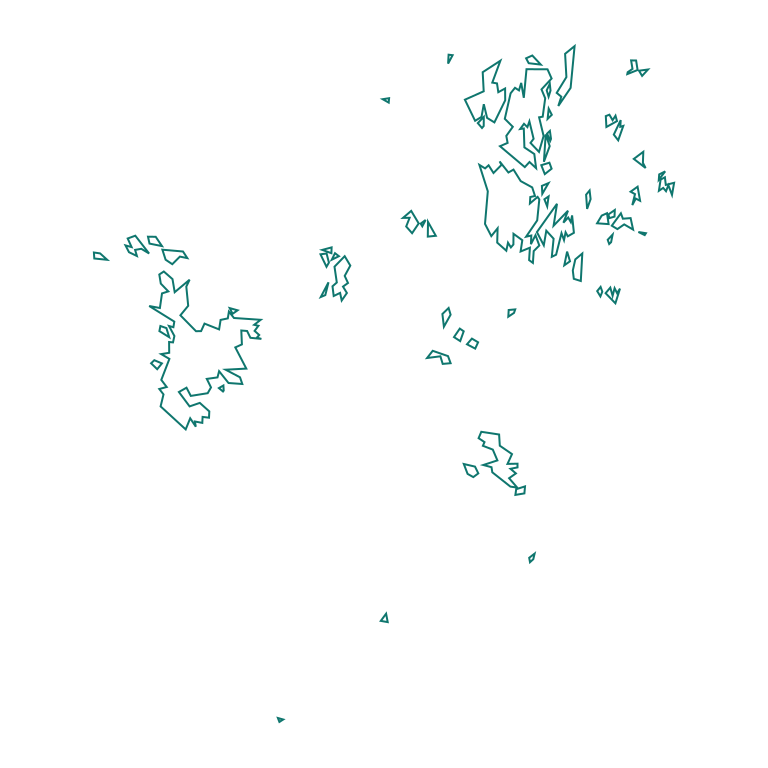 the district of Kepulauan Anambas, Kepulauan Riau, Indonesia
{"feature_id": "22746128B99951880476592", "entity_name": "Kepulauan Anambas", "entity_type": "district", "adm_level": 2, "iso_a3": "IDN", "parent_name": "Indonesia", "parent_adm1": "Kepulauan Riau", "projection": "mercator", "projection_center": [106.153, 2.904], "detail": "fine", "context": "isolated", "style": "outline", "palette": "teal", "viewbox_px": 768, "rotation_deg": 0, "n_neighbors": 0, "source": "geoboundaries", "source_scale": "gbopen_adm2", "svg_char_len": 6130}
<svg xmlns="http://www.w3.org/2000/svg" viewBox="0 0 768 768"><path d="M163.8,271.5L159.3,274.5L160.8,283.6L168.3,291.4L162.0,293.4L159.9,308.0L149.2,306.0L174.3,321.6L173.4,327.2L169.0,326.0L174.4,336.0L173.0,342.4L169.1,342.0L169.2,352.8L161.2,354.1L169.4,358.9L161.3,379.9L166.7,387.0L159.3,389.0L163.5,394.4L160.6,406.4L185.7,429.4L190.2,418.3L195.8,426.7L194.9,421.5L202.3,422.9L202.6,416.9L209.0,417.7L209.3,411.4L199.8,402.9L189.6,406.4L178.9,392.0L186.5,387.7L190.8,395.9L207.7,393.2L211.0,387.4L206.8,378.9L217.5,377.4L219.1,371.2L228.5,383.0L242.3,384.0L240.0,377.3L225.6,369.7L246.3,368.6L235.3,347.4L241.9,344.4L241.3,330.5L247.1,331.0L250.4,337.8L261.4,338.9L256.9,337.6L259.2,335.0L254.6,330.9L258.4,325.8L254.2,324.8L260.7,319.8L234.0,318.0L228.9,311.6L227.8,318.4L220.6,319.9L219.1,329.4L204.5,323.6L201.1,331.1L196.0,331.2L180.4,315.3L188.2,305.8L186.3,286.6L189.6,279.7L174.7,292.2L172.5,279.1L163.8,271.5ZM508.4,172.5L499.6,161.4L501.5,164.9L493.5,173.0L488.6,165.3L485.1,168.4L479.4,164.9L487.8,191.3L485.0,223.9L491.3,236.1L497.6,228.3L497.2,242.6L506.3,250.7L508.0,242.7L510.9,247.4L513.4,244.5L513.5,233.8L522.3,240.2L520.6,251.5L529.9,247.7L529.1,260.1L532.9,262.9L533.7,251.1L539.3,245.5L535.5,235.2L530.9,244.2L531.3,235.5L526.1,236.7L537.2,220.4L539.3,199.4L537.6,196.9L529.9,203.5L530.3,197.0L535.0,196.0L532.2,187.4L520.7,181.1L513.5,169.6L508.4,172.5ZM547.5,69.3L526.5,69.2L523.8,97.8L521.2,82.9L519.0,90.4L515.0,87.8L510.6,93.3L504.8,118.8L512.8,126.8L506.3,135.9L507.6,142.9L500.0,146.2L524.8,167.1L529.5,162.0L536.1,168.2L534.3,154.0L524.4,147.4L523.8,128.5L520.2,129.0L524.0,123.8L527.4,127.1L529.4,121.4L533.6,138.8L530.5,142.9L539.0,151.9L543.6,136.0L539.1,117.3L542.7,116.7L545.2,98.3L541.5,89.4L551.6,78.5L547.5,69.3ZM500.4,60.7L482.7,72.2L483.7,91.3L464.9,99.7L475.1,120.8L481.5,116.9L483.8,104.2L487.1,117.9L494.4,122.4L505.2,100.3L505.1,88.5L498.3,92.2L497.0,83.4L492.3,82.6L500.4,60.7ZM499.1,434.5L481.3,431.8L478.6,438.2L484.5,442.1L482.9,445.8L492.8,449.6L497.4,460.4L483.3,465.0L491.5,467.2L492.3,472.3L510.4,486.6L517.2,487.6L509.1,478.2L515.9,473.4L510.5,468.8L517.5,467.4L517.5,463.7L507.5,463.9L512.0,454.1L499.8,445.7L499.1,434.5ZM553.6,225.7L557.0,203.8L536.9,232.1L543.8,245.3L546.3,230.7L553.6,238.7L551.8,256.8L556.1,254.7L561.5,233.2L564.0,240.1L565.6,232.3L567.8,236.3L573.9,232.8L572.1,215.4L570.8,222.1L568.2,217.5L563.4,222.7L568.0,210.7L553.6,225.7ZM344.7,256.2L334.5,266.7L336.8,282.5L332.5,286.3L333.7,296.0L340.1,292.9L341.7,300.5L346.9,293.0L343.0,286.6L348.0,283.0L344.7,275.9L350.3,265.6L344.7,256.2ZM574.6,46.1L565.1,53.8L566.4,77.1L556.7,92.9L561.3,96.7L558.3,106.0L570.6,87.9L574.6,46.1ZM183.0,251.5L162.4,249.7L165.6,259.7L172.3,264.2L179.9,256.6L187.3,258.1L183.0,251.5ZM135.3,235.7L127.7,238.5L131.6,247.1L125.5,245.4L129.0,252.2L136.9,256.0L135.1,249.9L141.3,248.8L149.1,253.5L135.3,235.7ZM620.9,213.3L611.8,225.7L617.4,229.1L624.2,224.4L633.1,229.6L630.6,218.1L622.9,218.7L620.9,213.3ZM411.2,210.9L403.0,217.9L409.6,217.8L406.2,226.5L412.1,233.2L418.7,223.4L411.2,210.9ZM582.3,253.5L575.3,259.4L572.8,270.5L573.8,278.8L580.8,281.0L582.3,253.5ZM448.0,356.1L432.7,350.8L427.1,358.0L440.4,356.3L442.7,363.9L450.6,363.2L448.0,356.1ZM664.9,177.3L660.6,179.6L658.9,190.8L663.2,187.9L666.0,191.2L668.4,185.2L672.0,194.9L674.1,182.8L665.8,184.9L664.9,177.3ZM614.6,288.2L612.6,295.8L610.3,287.6L605.6,293.2L615.4,303.3L620.0,288.6L617.1,293.2L614.6,288.2ZM463.8,464.0L467.6,473.9L473.3,477.1L478.3,473.4L475.0,466.6L463.8,464.0ZM435.8,235.8L428.0,221.9L427.8,236.6L435.8,235.8ZM532.3,55.5L526.1,58.3L528.7,63.2L540.8,64.6L532.3,55.5ZM549.7,146.1L545.7,134.4L543.9,161.8L549.7,146.1ZM448.6,308.0L442.4,314.0L443.9,326.7L450.6,314.7L448.6,308.0ZM643.3,151.8L633.8,158.9L645.6,168.0L642.9,162.9L643.3,151.8ZM615.5,115.7L612.6,120.2L609.4,114.7L605.8,116.1L606.4,127.0L617.0,121.1L615.5,115.7ZM155.7,236.8L148.0,236.7L149.5,243.6L162.0,246.1L155.7,236.8ZM640.1,200.8L637.6,186.7L630.6,191.7L635.0,194.1L632.3,205.1L635.8,198.6L640.1,200.8ZM620.7,120.1L613.8,134.6L618.2,140.3L623.3,125.9L620.3,126.8L620.7,120.1ZM607.0,213.2L601.7,215.6L597.1,223.3L608.6,224.1L607.0,213.2ZM93.9,252.5L94.3,258.5L107.2,259.8L100.1,253.4L93.9,252.5ZM459.8,328.6L454.0,337.1L460.2,341.1L463.7,331.3L459.8,328.6ZM160.4,326.0L159.4,331.1L169.2,337.2L166.4,328.1L160.4,326.0ZM471.9,338.6L467.0,344.3L475.2,348.6L478.1,342.3L471.9,338.6ZM549.4,162.7L541.3,165.2L544.8,174.1L551.6,168.7L549.4,162.7ZM326.6,253.5L320.5,254.3L326.5,266.8L328.9,262.6L326.6,253.5ZM154.3,360.2L151.1,363.3L157.2,369.2L161.9,363.4L154.3,360.2ZM525.0,486.4L516.2,489.2L515.4,494.9L524.4,493.4L525.0,486.4ZM636.1,60.5L631.1,60.4L632.5,68.9L627.7,72.2L627.3,74.1L637.6,70.0L636.1,60.5ZM483.8,116.9L477.8,123.1L482.0,128.0L483.7,126.0L483.8,116.9ZM325.3,295.1L328.5,282.3L320.8,297.0L325.3,295.1ZM589.6,190.5L586.1,194.7L587.1,208.9L590.6,199.1L589.6,190.5ZM542.3,193.8L548.5,183.1L541.9,185.9L542.3,193.8ZM570.0,261.3L567.1,251.6L564.3,265.3L570.0,261.3ZM614.8,210.0L608.3,214.5L609.5,218.1L614.5,216.6L614.8,210.0ZM547.2,206.4L548.6,196.4L544.4,199.3L547.2,206.4ZM331.6,247.4L322.3,249.9L331.4,253.2L331.6,247.4ZM600.6,286.9L597.2,291.1L600.4,296.4L602.3,291.7L600.6,286.9ZM387.7,622.1L386.1,613.7L380.8,620.9L387.7,622.1ZM551.8,114.8L548.7,108.7L547.6,118.9L551.8,114.8ZM389.1,98.2L382.7,99.2L388.7,102.6L389.1,98.2ZM515.2,309.4L508.7,310.0L508.3,316.7L514.0,312.9L515.2,309.4ZM237.6,310.3L229.7,308.1L232.6,313.8L237.6,310.3ZM548.6,96.7L550.5,90.6L549.8,83.8L546.7,90.3L548.6,96.7ZM648.0,69.5L639.0,70.7L642.1,75.9L648.0,69.5ZM448.1,63.6L452.6,55.2L448.6,54.7L448.1,63.6ZM549.9,130.9L547.1,133.6L550.2,140.9L551.0,138.9L549.9,130.9ZM338.9,256.2L335.0,253.2L331.8,259.7L338.9,256.2ZM612.6,234.6L607.7,239.8L609.2,244.0L611.1,242.2L612.6,234.6ZM665.2,171.4L659.2,174.4L658.8,179.7L665.2,171.4ZM283.2,719.5L277.9,718.0L279.4,721.9L283.2,719.5ZM534.6,553.6L529.2,557.8L530.0,562.2L533.3,559.2L534.6,553.6ZM223.4,385.5L218.9,388.1L223.0,391.5L223.7,390.6L223.4,385.5ZM645.9,233.2L638.4,232.0L644.7,235.1L645.9,233.2ZM422.3,226.3L425.6,220.0L420.7,223.6L422.3,226.3Z" fill="none" stroke="#0f766e" stroke-width="2"/></svg>